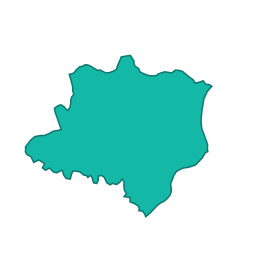 Porecatu, Paraná, Brazil, rotated 125°
{"feature_id": "56859067B39317815374127", "entity_name": "Porecatu", "entity_type": "district", "adm_level": 2, "iso_a3": "BRA", "parent_name": "Brazil", "parent_adm1": "Paraná", "projection": "orthographic", "projection_center": [-51.4, -22.744], "detail": "fine", "context": "isolated", "style": "filled", "palette": "teal", "viewbox_px": 256, "rotation_deg": 125, "n_neighbors": 0, "source": "geoboundaries", "source_scale": "gbopen_adm2", "svg_char_len": 1998}
<svg xmlns="http://www.w3.org/2000/svg" viewBox="0 0 256 256"><g transform="rotate(125 128 128)"><path d="M45.8,83.2L45.9,86.5L47.6,89.4L46.2,93.5L50.7,96.7L52.7,99.1L51.2,102.0L51.1,107.1L50.4,115.9L51.4,119.0L53.5,122.5L57.8,123.7L59.4,127.2L61.1,130.4L64.2,132.7L66.3,134.2L69.4,135.2L71.3,138.0L72.8,140.3L73.7,143.0L74.8,147.6L75.1,150.2L73.2,153.6L73.4,157.6L71.6,160.1L69.6,161.7L67.2,167.6L70.0,170.7L73.6,174.3L77.9,173.3L80.1,172.9L84.1,172.0L86.2,171.0L89.8,172.6L93.4,175.0L95.7,177.8L96.1,181.1L96.6,184.3L98.3,186.0L98.8,194.2L99.4,197.1L100.9,199.5L103.7,200.7L105.2,202.5L109.6,203.7L113.8,203.8L115.7,205.1L117.7,206.9L123.1,200.2L125.8,197.2L129.5,194.3L131.4,191.8L135.4,191.9L138.4,190.6L141.3,188.7L144.4,187.5L148.1,187.2L148.0,190.1L147.2,192.4L147.4,196.1L149.6,198.0L154.0,199.6L156.7,196.9L167.6,181.8L170.4,184.3L173.7,187.5L177.9,189.5L182.2,192.2L184.5,195.5L188.4,199.3L193.7,200.8L202.3,201.1L204.3,199.5L206.4,198.4L207.7,195.5L207.2,191.0L210.2,185.4L207.3,183.9L205.3,182.5L205.1,178.7L205.2,175.7L209.7,175.3L209.9,171.3L205.8,169.4L206.8,163.7L205.5,160.6L202.5,159.1L200.4,157.6L203.6,153.4L204.8,149.6L202.9,145.9L199.9,147.2L195.0,148.6L193.0,145.5L191.5,142.2L192.0,137.5L190.8,135.0L191.5,132.4L188.5,131.8L188.9,129.2L191.1,126.9L192.6,124.6L191.4,121.8L187.7,122.4L184.4,124.7L182.1,122.6L182.0,119.2L185.0,114.1L184.9,110.1L182.3,109.0L180.9,105.0L177.2,103.6L173.2,103.6L174.4,100.3L177.4,98.5L181.1,95.2L182.7,91.6L186.5,91.9L185.3,89.5L183.8,86.6L187.4,83.9L186.5,80.8L186.1,78.1L186.1,74.7L187.3,72.6L189.5,71.7L187.7,68.2L188.9,64.9L190.5,62.7L185.5,61.2L181.4,60.6L174.5,59.6L170.1,58.0L167.6,56.6L163.2,55.4L158.7,55.1L155.1,56.2L153.1,57.5L151.2,59.4L149.3,61.0L140.2,63.3L136.4,63.4L133.9,62.6L129.6,60.2L125.1,55.6L123.1,54.0L119.3,51.4L109.8,50.0L104.0,50.5L101.6,49.1L99.0,51.4L96.3,53.0L94.2,55.6L86.3,67.1L81.6,71.3L79.2,73.0L70.3,77.9L60.5,82.6L53.1,83.9L50.1,83.8L45.8,83.2Z" fill="#14b8a6" stroke="#0f766e" stroke-width="1.5"/></g></svg>